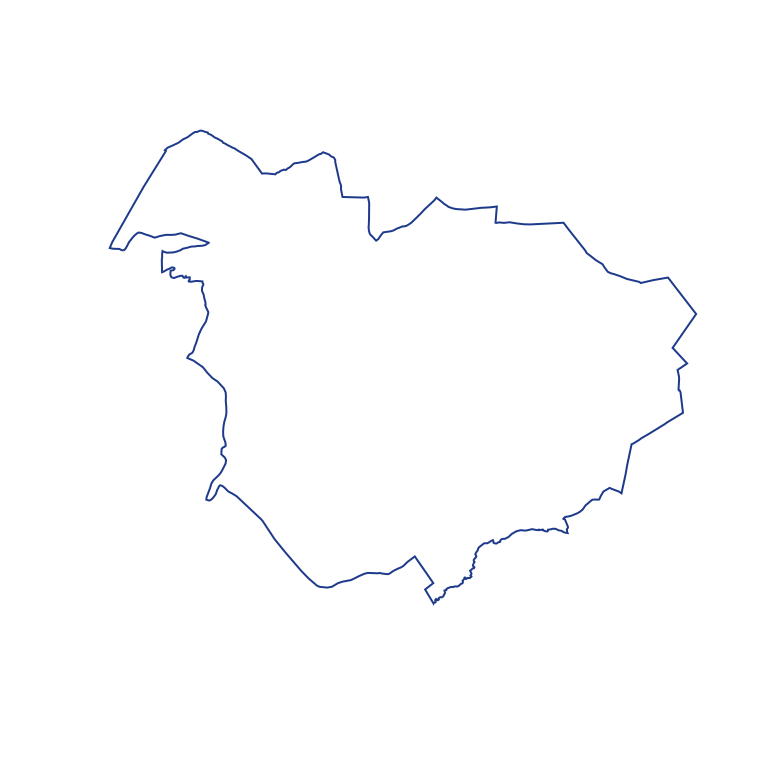 Camar, Salaj, Romania (Natural Earth projection), rotated 283°
{"feature_id": "2599482B75066150434534", "entity_name": "Camar", "entity_type": "district", "adm_level": 2, "iso_a3": "ROU", "parent_name": "Romania", "parent_adm1": "Salaj", "projection": "natural_earth1", "projection_center": [22.617, 47.305], "detail": "fine", "context": "isolated", "style": "outline", "palette": "blue", "viewbox_px": 768, "rotation_deg": 283, "n_neighbors": 0, "source": "geoboundaries", "source_scale": "gbopen_adm2", "svg_char_len": 6146}
<svg xmlns="http://www.w3.org/2000/svg" viewBox="0 0 768 768"><g transform="rotate(283 384 384)"><path d="M522.4,672.4L551.6,636.8L546.1,623.7L540.2,611.5L540.9,609.8L541.0,597.1L542.2,589.6L542.8,583.7L542.9,580.4L543.5,577.3L543.8,576.6L547.0,572.9L549.9,569.9L552.2,562.9L557.3,551.9L559.4,550.0L576.6,528.5L581.5,522.7L572.5,491.0L571.2,485.0L570.4,478.1L569.8,469.7L568.0,464.8L567.3,459.7L566.3,457.5L566.2,456.4L582.3,454.0L580.0,447.6L577.5,439.0L572.2,424.2L570.7,415.0L570.6,411.2L571.1,406.9L571.7,405.8L573.0,402.1L574.4,399.5L577.4,393.1L575.2,392.2L573.5,391.2L563.4,384.3L558.6,381.6L549.5,375.8L547.4,374.4L545.3,372.5L543.1,370.2L541.8,367.4L541.9,366.9L538.3,361.6L535.6,358.5L534.4,356.4L531.6,349.2L528.4,347.6L523.9,345.8L521.9,344.1L525.4,339.0L526.3,337.3L527.4,336.2L529.8,334.9L533.7,333.6L534.6,333.6L542.3,332.1L557.2,328.8L562.6,326.3L561.1,322.4L556.9,301.5L564.1,298.3L567.0,297.7L568.4,297.1L570.5,295.6L572.8,294.4L589.2,286.6L591.5,286.0L593.4,284.1L593.9,281.2L595.3,278.7L596.1,272.5L593.9,270.6L593.5,269.4L585.4,260.9L583.2,258.2L582.1,255.0L579.8,249.7L578.9,247.0L577.5,245.8L574.1,243.6L572.5,241.8L570.4,240.2L570.4,238.4L568.3,235.1L567.4,234.6L566.5,233.8L566.1,232.7L565.1,231.6L563.9,231.1L562.7,221.7L561.6,217.8L573.4,204.2L575.8,197.9L578.3,189.7L579.9,185.5L580.2,183.4L581.8,177.1L582.5,175.2L582.8,173.1L584.0,171.8L585.6,166.5L586.0,164.0L587.9,159.4L588.4,156.3L589.4,155.7L589.4,153.5L589.9,149.4L589.1,147.1L587.8,145.6L587.0,143.2L585.5,141.5L580.2,137.0L577.1,133.1L572.8,129.4L568.9,124.5L565.7,120.1L562.5,117.9L562.0,119.1L522.2,105.5L461.1,87.3L454.8,86.2L454.8,88.8L455.3,92.1L456.0,95.0L456.0,96.0L455.4,98.2L455.5,99.3L456.0,100.6L457.7,101.7L460.9,102.7L464.8,103.6L470.5,106.3L472.9,107.7L475.3,109.6L476.2,110.6L476.5,111.4L476.6,114.1L476.1,117.3L475.8,122.0L475.0,127.7L477.7,132.3L480.3,138.0L481.5,143.4L482.5,146.8L485.0,151.7L485.2,152.4L484.3,161.0L483.7,169.6L482.3,181.4L482.2,181.5L479.4,178.8L478.7,177.8L477.8,175.7L476.4,171.0L475.4,168.5L474.8,166.1L474.3,164.9L472.6,161.8L470.4,157.3L468.7,155.8L466.3,152.1L464.8,149.1L463.1,143.0L463.3,139.7L463.7,138.3L460.6,138.6L456.7,139.5L455.7,139.4L443.0,142.6L444.0,144.1L446.9,147.2L448.1,149.1L449.8,150.8L450.1,152.6L449.7,153.8L449.3,154.0L448.6,153.9L447.5,153.1L446.6,151.0L446.0,150.6L442.6,151.2L441.4,151.8L440.4,152.7L440.2,153.1L440.0,154.5L440.1,155.7L442.5,159.3L443.8,161.9L444.1,162.8L443.9,163.5L442.6,164.7L442.5,165.5L442.8,166.2L444.0,166.3L444.5,166.7L443.6,167.4L443.4,167.8L444.2,170.7L442.7,171.2L441.7,171.2L441.4,171.1L441.2,170.7L440.3,170.5L440.0,170.7L439.9,171.0L440.3,173.3L441.7,176.5L442.4,178.8L443.1,184.0L441.7,184.5L441.0,185.3L440.4,185.6L439.9,185.6L438.6,185.2L436.7,185.1L434.0,185.6L430.4,188.2L426.8,189.8L423.9,191.4L421.4,192.3L420.8,192.0L418.3,193.6L415.0,196.3L414.2,196.7L412.8,196.8L405.1,196.5L397.1,193.8L393.7,193.0L393.3,193.1L391.5,192.5L381.4,191.7L377.7,191.1L374.5,191.0L372.4,190.6L370.8,189.8L369.0,187.7L366.4,186.7L365.1,186.5L363.9,193.2L359.6,203.8L355.2,209.3L351.1,215.6L349.0,221.2L343.8,228.9L340.2,231.6L336.3,232.8L332.0,233.6L325.4,235.7L320.2,237.0L315.8,237.2L311.2,236.9L306.2,237.2L301.2,238.0L296.8,239.2L291.3,242.6L288.3,243.7L286.7,242.5L285.9,241.3L284.3,240.4L278.9,241.3L276.4,245.6L274.1,247.3L270.7,247.5L263.8,245.8L260.8,244.9L258.0,243.5L251.6,239.3L248.1,238.2L243.3,237.9L233.7,236.6L231.3,236.9L231.1,239.9L232.4,241.6L234.9,243.2L238.6,244.8L243.2,245.3L247.5,246.4L248.5,247.2L248.3,249.4L247.2,251.8L244.3,256.4L243.1,260.8L241.5,265.6L224.4,295.0L222.8,297.0L208.3,312.2L197.5,326.1L183.3,345.4L177.5,354.4L172.4,364.2L171.9,367.1L172.9,374.7L174.8,379.0L179.5,383.8L182.0,387.9L185.6,396.1L191.3,403.0L194.9,407.9L196.3,410.8L198.2,420.7L198.9,422.3L198.9,425.1L199.2,427.5L199.2,428.4L199.7,430.8L200.4,431.9L204.1,435.3L207.2,439.1L208.8,441.4L210.9,443.7L215.9,446.9L222.9,452.8L201.1,476.8L193.0,470.3L181.4,481.5L181.9,481.5L182.5,482.8L183.2,483.4L184.6,482.6L185.5,482.6L185.9,482.9L186.2,483.1L185.4,484.4L185.4,485.2L186.3,485.9L187.2,485.3L187.6,485.5L189.0,486.8L189.1,488.2L189.6,488.9L191.1,489.8L191.8,489.7L194.0,490.5L196.4,489.4L197.2,491.1L198.1,490.9L198.9,491.5L199.8,492.5L200.2,493.4L201.0,494.4L201.4,495.4L201.7,497.1L202.3,497.8L202.8,498.8L203.2,501.2L204.7,502.7L206.7,504.0L207.0,504.7L207.5,505.3L208.9,505.5L209.9,504.8L212.0,506.0L213.4,506.0L213.7,506.4L213.5,506.9L212.5,507.7L212.5,508.0L213.9,509.2L214.1,511.0L214.5,511.5L215.8,512.4L216.1,512.5L216.7,511.3L216.9,511.3L218.3,511.9L219.0,511.9L220.0,511.1L220.9,510.2L221.5,509.9L222.5,510.8L224.3,511.9L224.7,513.1L225.6,513.3L225.9,513.3L226.6,511.9L227.3,511.4L230.0,511.8L230.8,512.3L231.1,512.2L231.5,511.5L232.2,511.1L233.0,511.1L235.4,512.2L236.0,512.7L237.0,512.7L238.6,511.3L239.3,511.4L240.5,511.6L242.6,512.6L243.4,512.8L244.5,512.7L246.3,513.3L251.1,517.2L251.4,517.6L252.0,520.3L253.0,521.6L254.8,523.3L256.4,525.2L255.9,525.7L253.9,526.5L253.6,528.2L254.0,529.7L255.6,531.1L256.0,532.3L256.4,532.7L257.7,532.5L258.4,532.8L259.0,533.4L259.6,534.1L260.1,535.3L260.2,536.4L262.9,539.7L266.8,542.3L267.5,543.2L269.6,545.3L270.8,547.0L272.3,550.1L272.5,551.1L272.5,552.2L273.2,555.5L275.9,561.0L276.0,565.2L276.2,566.9L276.8,567.2L277.0,567.8L276.6,568.4L277.4,570.1L277.3,571.2L277.8,571.4L277.8,571.9L277.2,572.4L277.0,573.1L276.8,574.5L277.1,576.4L277.5,576.7L278.9,576.6L279.9,579.1L281.0,581.1L281.0,581.7L281.5,583.8L280.8,586.7L280.8,590.5L280.2,591.7L279.9,593.5L280.1,596.4L280.9,595.8L283.1,595.1L283.6,594.8L285.2,595.5L286.0,595.5L292.3,591.1L293.1,590.2L292.8,589.3L293.1,589.1L294.7,590.0L295.4,590.8L296.2,593.0L297.9,596.3L301.4,601.3L303.4,603.5L306.4,605.8L311.1,607.7L317.8,612.7L318.1,613.2L318.7,614.7L319.6,619.1L319.9,619.7L323.6,620.4L328.6,622.0L333.5,627.2L332.9,630.4L332.1,636.9L330.9,640.0L350.8,639.7L359.4,639.2L381.0,638.8L382.1,640.3L386.9,645.2L388.9,646.8L394.6,652.9L408.1,666.6L410.6,668.8L423.2,681.8L442.6,674.8L444.2,673.5L444.0,673.2L444.2,672.6L445.0,672.2L455.5,670.4L457.7,669.7L463.7,666.9L472.2,674.7L484.1,657.1L522.4,672.4Z" fill="none" stroke="#1e3a8a" stroke-width="2"/></g></svg>